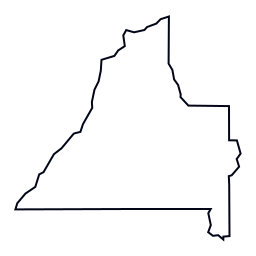 outline of Conecuh, Alabama, United States of America
{"feature_id": "52423323B58317366123226", "entity_name": "Conecuh", "entity_type": "district", "adm_level": 2, "iso_a3": "USA", "parent_name": "United States of America", "parent_adm1": "Alabama", "projection": "equal_earth", "projection_center": [-86.986, 31.468], "detail": "fine", "context": "isolated", "style": "outline", "palette": "ink", "viewbox_px": 256, "rotation_deg": 0, "n_neighbors": 0, "source": "geoboundaries", "source_scale": "gbopen_adm2", "svg_char_len": 761}
<svg xmlns="http://www.w3.org/2000/svg" viewBox="0 0 256 256"><path d="M15.4,209.4L130.5,209.0L210.7,209.0L208.3,213.2L210.8,225.1L208.2,232.2L212.9,235.8L218.2,235.2L223.3,239.5L223.4,236.6L229.5,236.1L229.2,184.3L228.8,176.1L231.7,175.3L239.1,166.7L236.7,159.0L240.6,153.6L236.9,140.4L229.1,140.3L229.0,106.1L188.4,105.6L180.5,97.1L180.7,94.5L178.1,85.0L174.1,79.4L172.4,70.0L168.6,63.6L168.9,16.5L160.6,19.2L156.3,23.6L147.1,27.0L144.4,30.0L134.1,32.3L126.2,30.1L123.3,35.4L124.8,46.1L118.2,50.4L114.4,55.9L101.5,59.8L100.8,70.7L98.6,81.4L94.5,89.6L91.9,101.9L92.2,107.9L83.0,124.1L80.4,131.9L75.0,133.2L73.6,133.8L61.5,148.3L53.9,154.2L43.5,172.2L39.2,174.4L35.3,186.9L25.5,193.5L17.3,203.2L15.4,209.4Z" fill="none" stroke="#020617" stroke-width="2"/></svg>